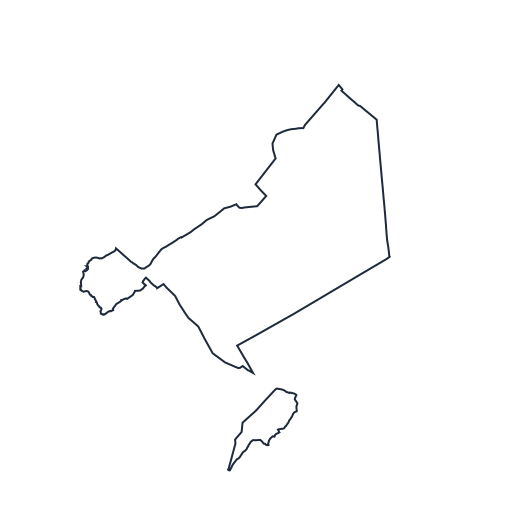 Joquicingo, México, Mexico (Mercator projection), rotated 38°
{"feature_id": "50627088B35119178104761", "entity_name": "Joquicingo", "entity_type": "district", "adm_level": 2, "iso_a3": "MEX", "parent_name": "Mexico", "parent_adm1": "México", "projection": "mercator", "projection_center": [-99.521, 19.062], "detail": "fine", "context": "isolated", "style": "outline", "palette": "slate", "viewbox_px": 512, "rotation_deg": 38, "n_neighbors": 0, "source": "geoboundaries", "source_scale": "gbopen_adm2", "svg_char_len": 5639}
<svg xmlns="http://www.w3.org/2000/svg" viewBox="0 0 512 512"><g transform="rotate(38 256 256)"><path d="M361.2,174.1L358.2,171.0L355.2,168.0L352.3,165.3L349.5,162.7L345.3,158.2L341.2,153.7L339.2,151.4L337.1,149.2L333.0,144.7L328.8,140.2L324.8,135.9L320.8,131.7L316.8,127.4L312.8,123.1L310.8,121.0L306.7,116.7L302.7,112.4L298.7,108.1L294.7,103.9L292.7,101.7L288.8,97.5L286.8,95.4L282.9,91.2L280.9,89.1L277.0,84.8L273.0,80.6L269.1,76.4L267.2,74.3L260.8,74.1L257.6,74.0L252.9,73.9L246.4,73.7L245.8,73.7L243.7,74.5L238.5,74.1L235.9,74.0L231.8,73.8L226.0,73.4L221.5,73.1L221.5,71.5L215.9,70.3L215.6,93.5L215.5,94.1L215.1,101.2L213.9,122.6L214.6,126.1L213.2,127.2L211.6,128.5L210.8,129.2L210.0,130.1L209.2,131.1L208.6,131.7L207.4,132.8L206.7,133.4L206.0,134.1L205.2,135.0L204.6,135.7L203.5,137.1L202.5,138.5L200.5,141.6L197.4,147.8L199.8,157.3L204.3,162.0L207.5,164.3L211.4,167.1L211.5,199.8L214.1,200.3L219.8,201.4L227.1,202.4L226.3,216.0L222.2,219.9L217.5,224.4L215.2,227.0L213.3,228.1L211.7,228.0L209.4,227.6L208.7,227.3L205.5,232.9L201.6,238.0L200.1,244.6L198.7,250.4L196.5,254.8L195.0,257.9L193.7,264.3L190.8,273.1L189.7,277.8L187.2,284.0L186.0,287.1L185.7,286.9L185.0,288.0L184.0,290.3L183.8,291.1L183.7,291.6L183.5,292.5L183.3,293.1L183.2,293.3L182.9,294.3L182.4,295.6L182.4,295.8L182.2,296.3L181.5,298.2L181.3,298.8L180.4,301.0L179.4,304.0L178.4,305.9L177.3,308.9L177.2,313.5L177.3,318.0L176.9,321.0L177.1,323.6L177.8,327.1L177.6,329.1L175.7,334.7L173.3,336.5L169.7,337.2L167.0,336.9L163.7,337.3L161.9,337.3L161.3,337.5L154.5,337.0L150.3,336.8L144.9,336.4L141.1,336.2L141.3,336.5L141.4,337.6L141.8,338.2L141.0,340.7L140.8,340.9L140.1,342.6L138.6,346.3L137.7,347.7L137.1,350.2L136.0,352.8L135.0,353.3L134.3,354.3L132.0,355.1L131.5,355.3L130.1,356.3L129.3,357.3L128.8,357.9L128.3,358.9L128.2,359.7L128.6,360.3L127.8,362.4L127.7,363.5L128.0,364.4L128.2,364.5L128.0,366.2L129.5,367.6L128.9,368.2L130.4,368.0L131.4,369.4L130.2,369.8L130.2,370.8L131.5,371.4L130.8,373.1L129.7,373.0L129.7,374.0L129.4,374.8L129.9,375.2L131.7,376.7L132.9,379.0L133.0,381.6L133.1,382.5L134.0,384.3L136.9,387.5L136.1,387.9L138.4,390.8L138.5,390.8L138.9,390.3L139.7,390.8L142.1,390.3L143.1,389.0L143.8,388.1L144.8,387.6L145.9,387.3L147.9,388.1L148.3,388.4L148.8,388.7L149.3,388.6L149.9,388.4L150.4,388.4L151.1,389.0L151.5,388.7L152.1,388.6L152.6,388.8L153.7,388.0L154.3,388.3L155.0,388.6L155.2,388.9L155.7,389.3L156.5,389.4L156.8,389.6L157.3,389.9L158.0,390.1L158.3,390.8L158.9,390.6L159.0,390.6L159.5,390.7L160.3,391.5L161.3,391.9L161.7,392.0L162.8,392.2L163.4,392.2L163.8,392.5L164.3,392.7L165.4,392.2L165.9,392.5L166.8,392.7L167.2,393.8L167.4,394.5L167.5,395.4L168.0,395.6L168.6,396.2L169.1,396.9L169.9,396.8L170.6,396.7L170.8,396.4L170.9,396.2L171.1,396.1L171.3,396.2L171.5,396.3L171.8,396.4L172.0,396.3L172.2,396.0L172.4,395.6L172.5,395.4L172.6,395.1L172.7,394.7L172.9,394.5L172.9,394.4L173.0,394.4L173.4,392.8L173.8,391.0L175.0,389.0L175.4,389.1L176.8,386.6L175.7,385.7L175.7,385.2L175.5,379.8L176.2,378.1L177.5,374.3L176.9,373.8L177.8,372.8L178.2,371.7L179.7,369.4L180.8,369.3L182.9,362.6L182.4,358.4L182.1,358.0L182.6,357.6L185.0,355.5L185.7,354.9L186.5,352.8L186.5,352.4L186.9,351.7L186.9,350.0L186.9,348.3L187.3,347.0L186.6,346.8L185.9,346.9L184.7,346.9L184.0,346.7L182.9,346.7L182.8,346.1L182.7,345.8L182.4,345.1L182.5,344.1L182.4,343.2L182.4,342.3L182.7,340.8L185.3,341.0L187.3,341.2L188.9,341.7L193.9,342.1L194.9,341.9L196.6,341.9L197.0,341.8L197.9,342.3L200.4,335.1L205.1,336.0L208.8,336.4L212.6,336.8L217.0,337.3L222.0,339.6L225.9,341.4L231.3,343.2L234.6,344.4L240.8,346.4L247.3,346.7L253.9,347.1L257.9,348.9L261.2,350.4L266.5,352.9L269.7,354.2L272.7,355.5L276.3,357.0L281.7,359.3L286.2,359.2L289.8,359.1L293.4,359.0L297.2,358.9L302.8,357.4L308.4,356.0L311.3,355.1L312.3,353.8L313.3,350.9L320.1,351.0L320.7,350.7L325.7,350.0L315.3,345.6L309.9,343.6L296.3,338.2L304.5,319.1L321.8,277.4L348.0,210.4L360.7,178.1L361.8,174.3L361.2,174.1ZM382.2,397.3L381.8,397.0L381.1,396.4L380.9,395.9L380.8,395.3L380.4,394.5L379.9,393.6L379.6,391.3L379.9,389.1L380.2,387.8L381.1,387.4L381.8,387.0L381.6,386.5L381.2,385.8L381.3,384.2L382.1,382.5L382.5,381.9L382.9,380.7L382.5,380.7L382.1,380.2L381.2,379.7L380.2,379.3L380.5,378.6L381.0,378.4L381.6,377.5L382.2,376.7L383.3,375.9L384.1,374.6L384.2,373.8L384.0,372.9L384.0,372.3L384.3,371.5L384.1,369.6L384.1,367.6L383.7,366.0L383.4,365.0L383.5,363.5L383.3,362.0L383.2,360.2L382.4,357.5L382.4,356.2L382.7,355.0L383.7,353.3L383.0,352.4L382.3,351.7L381.5,350.9L380.6,349.8L380.4,349.4L379.8,348.0L379.4,346.7L378.6,346.3L375.2,345.2L374.8,345.1L374.2,344.0L373.7,341.9L373.6,341.4L373.6,340.9L373.1,340.6L371.0,340.8L366.9,342.6L366.7,343.4L365.8,343.6L364.9,343.9L364.1,344.2L363.7,344.5L362.8,344.4L361.8,344.5L360.9,344.5L358.9,345.1L357.1,346.0L353.8,347.8L353.4,349.7L352.2,363.2L351.2,377.8L348.0,395.6L353.0,403.5L352.5,413.5L355.3,416.5L359.2,425.8L361.3,430.7L362.4,433.3L365.4,440.5L365.5,441.5L366.1,441.7L366.5,441.5L366.9,441.4L367.3,441.1L367.4,440.6L367.2,439.8L367.0,439.2L366.9,437.9L366.4,436.2L366.3,435.5L366.1,434.2L366.1,433.3L366.1,430.6L366.1,428.1L366.9,426.2L366.9,425.5L367.0,424.8L367.1,423.9L366.9,423.3L366.8,422.4L366.8,421.3L366.6,420.4L366.5,419.6L366.6,418.9L366.7,417.6L367.3,416.7L367.3,415.8L367.4,415.0L367.5,414.0L367.4,413.5L367.2,413.0L367.0,411.7L367.0,410.6L366.6,409.8L366.5,409.0L366.6,408.1L366.4,406.8L366.3,405.7L366.5,404.5L367.1,402.8L368.8,401.7L372.6,398.3L373.1,398.4L373.7,398.4L374.5,398.4L374.9,398.4L375.7,398.6L376.1,398.8L377.6,399.1L378.8,398.4L379.3,398.5L380.2,398.7L381.1,398.2L381.9,397.7L382.2,397.3Z" fill="none" stroke="#1e293b" stroke-width="2"/></g></svg>